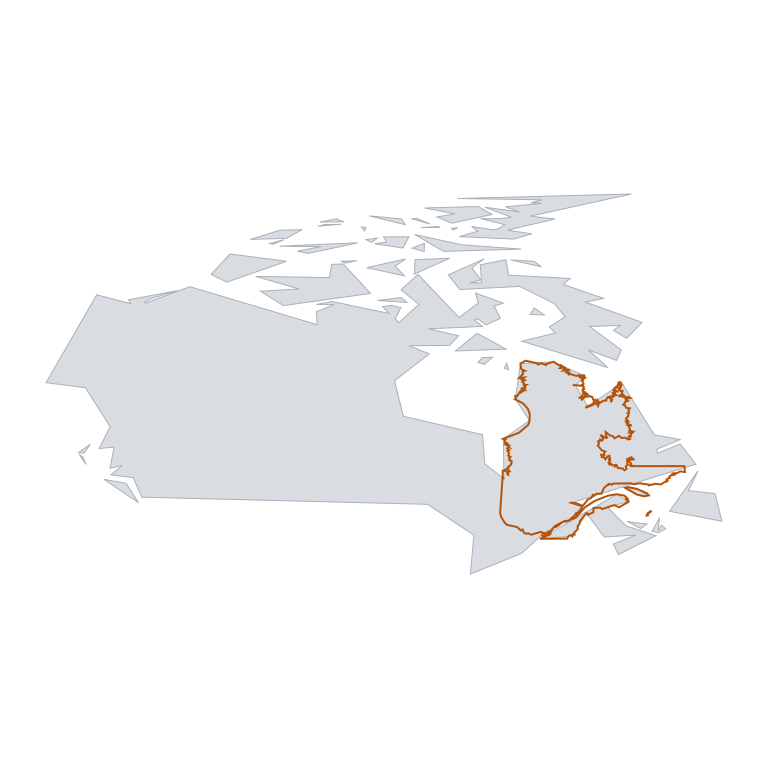 Québec highlighted on a map of Canada
{"feature_id": "CAN-683", "entity_name": "Québec", "entity_type": "Province", "adm_level": 1, "iso_a3": "CAN", "parent_name": "Canada", "parent_adm1": "", "projection": "robinson", "projection_center": [-69.443, 53.796], "detail": "fine", "context": "in_parent", "style": "outline", "palette": "amber", "viewbox_px": 768, "rotation_deg": 0, "n_neighbors": 0, "source": "natural_earth", "source_scale": "10m", "svg_char_len": 9797}
<svg xmlns="http://www.w3.org/2000/svg" viewBox="0 0 768 768"><path d="M110.2,426.6L85.3,387.7L46.1,382.7L96.7,294.8L130.9,303.7L128.6,299.8L177.0,290.7L151.5,298.4L144.4,302.2L145.4,303.2L189.9,286.7L317.2,324.7L316.5,311.7L334.1,304.6L316.2,304.5L332.2,301.5L389.2,313.5L382.6,306.7L391.4,305.4L400.9,307.7L395.2,318.7L398.8,322.7L419.0,304.3L401.0,289.8L418.0,274.4L459.1,317.5L478.4,302.9L475.4,293.0L503.3,303.2L494.1,305.9L500.3,318.5L485.9,324.9L478.6,319.4L476.5,318.9L474.5,320.0L482.5,326.4L428.4,328.8L458.7,335.7L449.5,345.4L409.0,345.7L429.3,353.8L394.5,380.8L403.4,416.3L482.5,434.7L484.8,463.8L503.9,478.8L503.4,438.8L529.5,420.5L515.4,399.1L520.5,363.7L553.3,361.8L584.5,375.9L575.5,385.4L587.8,406.5L621.9,383.0L654.3,434.8L680.0,439.6L656.9,449.2L657.6,453.1L680.2,444.0L695.8,464.2L571.6,502.7L581.9,506.4L569.4,520.0L561.5,522.5L543.6,533.2L521.7,553.3L470.4,574.0L473.9,535.2L427.6,504.3L141.8,497.2L133.1,477.6L110.9,474.8L122.2,465.5L110.0,468.3L114.1,447.1L99.2,448.5L110.2,426.6ZM469.7,282.9L481.6,282.7L480.2,264.8L505.9,259.7L508.6,275.1L570.0,278.5L563.2,284.4L603.6,298.4L585.5,302.1L642.1,322.4L626.6,338.2L613.5,330.5L620.1,325.4L589.6,326.5L621.3,350.0L616.6,360.4L588.6,350.0L607.8,367.6L521.7,341.2L555.3,333.1L549.4,326.8L565.2,316.8L554.3,303.6L519.8,286.4L459.7,289.5L448.3,274.8L484.0,259.0L471.8,267.7L480.7,279.9L469.7,282.9ZM457.4,198.5L631.3,194.0L530.2,216.2L554.8,219.0L507.3,230.2L531.8,233.8L513.7,239.1L459.6,236.6L477.9,231.1L471.6,226.4L492.5,229.7L497.9,229.1L504.9,224.7L480.6,218.6L501.8,218.6L511.2,217.0L484.9,207.2L519.5,212.0L505.6,206.8L541.7,203.4L531.0,202.8L542.0,199.8L457.4,198.5ZM255.7,276.4L329.4,277.6L331.7,264.4L343.3,264.0L370.5,293.4L283.5,305.6L260.5,291.2L299.2,289.0L255.7,276.4ZM604.3,537.0L586.4,513.1L572.7,536.0L540.1,538.7L617.0,494.2L627.7,501.7L607.4,507.2L625.9,525.8L655.8,535.7L618.5,554.5L613.2,544.0L636.0,535.0L604.3,537.0ZM230.0,254.0L286.4,261.3L227.0,282.1L211.1,274.5L230.0,254.0ZM424.5,208.0L478.2,206.5L492.0,214.5L451.8,223.2L437.0,217.0L455.0,213.8L424.5,208.0ZM414.7,234.5L461.6,244.8L521.2,249.1L443.6,251.4L414.7,234.5ZM279.5,246.2L357.8,242.8L308.4,253.4L297.5,251.2L321.0,246.6L279.5,246.2ZM698.1,470.8L688.5,490.6L715.1,493.7L721.9,521.2L669.5,511.3L698.1,470.8ZM366.6,267.7L405.7,258.9L395.1,266.1L404.4,275.8L366.6,267.7ZM455.5,351.0L477.1,333.3L506.0,349.1L455.5,351.0ZM415.1,259.7L449.6,258.2L414.3,274.1L415.1,259.7ZM302.0,229.7L286.6,238.3L250.4,239.4L280.0,230.2L302.0,229.7ZM408.9,236.8L403.1,248.0L374.4,243.7L386.5,242.1L383.5,236.9L408.9,236.8ZM369.3,215.9L401.3,218.9L405.3,224.7L369.3,215.9ZM104.0,479.4L126.1,483.3L138.5,502.7L104.0,479.4ZM510.7,259.9L534.3,261.4L541.2,266.7L510.7,259.9ZM377.8,300.5L400.9,297.6L406.9,302.4L377.8,300.5ZM424.4,243.4L424.2,251.5L412.0,248.1L424.4,243.4ZM417.3,218.5L430.2,224.1L411.4,218.7L417.3,218.5ZM534.1,307.9L544.4,315.0L530.3,314.5L534.1,307.9ZM324.6,224.6L341.1,224.2L317.8,226.2L324.6,224.6ZM356.8,260.7L345.6,263.1L341.2,261.3L356.8,260.7ZM659.6,517.8L658.1,530.9L661.5,525.1L665.6,528.7L658.7,532.6L652.1,531.3L659.6,517.8ZM336.2,218.9L343.9,221.8L320.0,222.0L336.2,218.9ZM647.8,496.0L637.5,494.7L625.4,487.8L638.8,489.6L647.8,496.0ZM492.6,357.2L484.4,364.4L478.0,362.3L482.5,357.7L492.6,357.2ZM78.4,452.7L90.2,444.2L84.1,453.2L78.4,452.7ZM420.9,227.6L437.6,226.5L440.1,227.4L420.9,227.6ZM377.1,238.1L371.7,242.4L366.0,239.6L377.1,238.1ZM626.9,521.1L633.0,522.5L647.0,523.9L640.6,528.6L626.9,521.1ZM506.7,363.1L508.7,369.8L504.4,368.1L506.7,363.1ZM284.0,239.7L273.0,244.3L269.8,243.5L284.0,239.7ZM458.1,227.9L452.5,230.0L451.8,228.2L458.1,227.9ZM365.9,227.5L364.7,231.1L361.4,226.9L365.9,227.5ZM79.3,454.5L82.9,457.1L86.1,464.5L79.3,454.5Z" fill="#d9dde1" stroke="#a8b0b8" stroke-width="1"/><path d="M502.6,476.9L504.0,479.1L502.6,476.7L502.7,470.7L505.2,469.8L505.0,470.9L507.1,471.6L507.4,474.1L508.2,474.7L508.1,472.2L509.7,471.4L507.0,468.5L508.7,467.7L508.3,466.6L510.8,465.0L511.3,463.6L512.4,463.6L511.2,463.4L511.7,461.2L509.7,460.3L510.3,460.0L509.1,458.4L510.5,457.0L508.2,455.6L509.1,453.1L507.5,450.7L509.0,450.1L507.2,448.6L508.1,447.3L509.3,447.5L507.6,446.0L508.8,445.4L506.4,444.7L508.4,443.8L505.7,443.6L506.5,443.0L505.2,442.5L504.2,439.9L504.9,439.6L503.0,438.9L519.0,432.7L528.1,425.0L529.5,421.3L529.8,414.3L527.9,408.8L523.1,403.4L514.9,399.2L515.8,398.5L515.2,396.0L517.0,396.3L518.8,393.5L522.2,391.6L520.4,391.4L521.9,390.1L521.6,388.5L523.2,388.7L524.1,389.8L525.0,389.9L523.4,388.1L525.3,387.6L524.4,386.4L526.2,385.0L522.9,385.0L524.6,384.3L522.3,381.7L524.8,380.3L521.8,379.4L524.3,377.5L519.1,378.0L523.1,374.0L522.6,371.6L525.0,370.8L521.2,369.1L520.4,363.5L525.6,360.7L539.3,363.8L537.0,364.8L541.3,363.3L546.9,365.3L545.5,364.3L553.5,361.7L558.8,365.2L561.1,365.3L561.3,366.6L559.8,368.0L561.3,368.2L561.3,366.9L564.0,367.5L564.7,368.3L564.1,368.8L565.7,369.5L565.1,370.2L563.9,370.1L563.4,370.5L565.8,370.2L566.0,369.2L568.8,370.1L566.5,371.9L568.8,372.0L567.0,372.6L568.1,372.8L567.7,373.2L568.8,374.5L569.4,373.8L576.5,375.9L579.4,375.1L579.4,377.1L581.1,377.8L583.0,377.1L583.1,375.4L584.0,375.2L585.2,377.9L582.6,379.0L583.0,380.2L581.8,380.6L583.5,383.4L583.3,384.9L581.8,384.9L581.8,385.7L572.7,385.0L582.5,385.9L583.8,387.0L583.1,388.6L584.1,389.1L582.4,390.4L583.3,391.7L582.3,392.4L584.8,392.0L586.3,393.2L583.9,393.9L585.5,394.6L584.2,394.8L584.6,396.6L583.0,397.6L581.5,395.0L582.0,397.3L578.5,397.8L581.0,397.8L581.9,399.6L585.2,396.9L589.8,396.3L592.6,397.3L593.1,399.5L594.3,400.1L593.0,404.3L588.3,405.9L585.3,407.8L592.6,405.1L593.4,404.3L594.4,400.6L595.7,399.8L596.8,402.4L594.8,404.7L596.8,403.2L597.7,400.9L598.5,403.2L597.8,405.9L598.0,406.2L599.1,403.2L603.8,400.6L606.3,400.6L606.4,398.8L608.0,397.0L611.4,399.3L610.7,402.2L612.3,399.7L610.1,397.8L612.5,396.9L611.1,396.4L616.1,395.1L613.0,394.0L612.8,392.9L614.7,393.0L614.2,391.8L615.7,392.8L614.1,390.7L618.5,391.8L615.3,390.4L614.2,388.3L615.8,387.1L617.7,387.9L618.4,387.9L616.5,386.8L619.1,383.6L618.5,383.1L619.2,382.1L621.7,382.7L619.3,383.1L621.2,384.5L618.9,385.1L620.9,386.4L619.1,389.6L620.7,391.1L623.3,390.5L622.2,391.3L622.0,393.6L623.9,395.5L620.4,394.9L619.5,396.2L623.8,396.7L625.0,398.0L628.0,396.8L630.2,398.0L625.8,398.9L625.7,400.0L627.7,400.8L625.2,402.1L623.2,404.8L624.8,405.1L626.2,407.8L629.8,408.4L628.5,409.9L629.0,411.6L627.8,413.0L628.8,413.2L627.9,416.7L626.0,418.4L628.1,421.1L625.8,421.2L626.5,422.8L628.2,423.3L627.2,424.7L631.6,425.2L628.6,426.3L630.0,429.2L629.3,430.8L632.8,431.5L630.2,432.7L632.2,432.9L630.8,434.2L630.8,436.4L629.1,436.0L628.5,437.6L629.9,439.0L628.6,439.5L624.6,437.6L621.7,438.1L619.0,435.8L614.5,438.3L613.0,436.3L609.9,435.4L605.7,432.0L606.1,436.0L607.1,437.4L606.4,438.1L600.5,434.8L603.3,438.7L601.9,440.7L600.1,439.5L600.0,440.6L598.1,441.3L599.0,443.7L597.7,445.3L601.6,450.1L605.1,451.6L604.1,452.3L604.3,455.0L601.2,454.8L601.9,457.2L603.8,457.1L605.4,459.3L607.3,456.5L609.4,455.8L610.1,459.9L609.1,459.5L609.6,462.4L608.6,462.7L609.5,464.6L610.3,464.5L610.1,463.0L612.6,465.5L615.3,465.0L615.2,466.2L616.5,465.1L617.9,468.0L622.5,468.5L624.5,470.3L626.5,468.8L625.8,466.4L627.4,464.8L627.1,459.2L631.5,457.3L633.4,459.4L629.5,459.9L627.9,461.3L630.6,462.8L631.6,465.6L630.1,465.4L630.8,466.1L684.4,466.1L684.9,472.0L680.1,471.4L677.3,473.1L672.6,473.5L672.7,474.8L669.6,476.2L669.8,478.8L669.1,477.5L666.5,479.8L666.5,481.0L660.9,484.4L655.4,483.8L648.0,485.5L649.1,484.7L639.8,483.3L634.0,484.3L630.8,483.3L613.2,483.6L612.2,484.6L609.0,483.8L608.4,484.5L609.3,485.0L607.7,484.7L603.7,488.3L601.7,493.5L596.1,493.9L593.4,496.3L592.9,496.4L593.5,495.8L593.3,495.1L592.9,494.9L591.3,497.9L587.9,499.4L582.8,505.9L577.0,503.5L571.9,502.6L571.2,502.8L582.3,506.2L580.6,509.8L578.1,512.7L576.0,513.3L573.8,516.9L572.0,517.7L568.8,520.6L564.3,521.1L554.8,526.1L554.6,527.2L553.4,527.6L551.2,530.8L548.3,531.7L546.4,533.6L543.0,532.9L546.5,535.1L544.9,535.4L543.2,536.5L542.1,535.5L542.9,532.8L540.8,531.9L531.2,534.7L528.2,533.3L526.4,533.8L523.9,532.7L522.6,529.5L520.9,530.5L517.2,527.1L507.0,524.8L504.8,522.8L501.2,517.0L500.1,513.2L502.6,476.9ZM567.2,538.6L540.0,538.8L550.3,534.3L550.9,531.4L553.4,527.8L557.0,526.5L561.6,522.8L564.4,521.4L565.6,521.7L569.1,520.6L570.3,519.6L571.9,519.3L575.6,517.8L584.7,507.5L594.9,500.8L608.0,495.7L616.6,494.2L624.5,495.7L628.4,499.4L625.0,498.2L628.3,500.7L627.4,501.5L628.2,502.0L619.2,507.3L614.1,505.1L602.0,509.1L599.9,507.5L593.5,508.2L593.3,512.3L587.9,514.9L587.9,513.5L586.3,513.2L580.0,521.0L579.4,524.0L577.6,526.1L577.8,529.1L574.2,532.8L574.6,534.5L573.1,534.4L572.4,536.3L571.6,535.1L568.7,535.8L567.2,538.6ZM637.0,494.6L625.2,487.9L628.3,487.1L636.6,488.8L647.0,493.3L648.9,495.4L644.1,496.3L637.0,494.6ZM550.5,531.4L549.7,534.1L546.4,534.1L548.8,533.0L550.5,531.4ZM587.3,394.3L586.4,395.9L585.3,395.9L585.9,394.9L585.4,394.2L587.3,394.3ZM649.5,512.2L648.9,512.9L647.9,513.5L648.6,513.4L649.5,512.3L650.1,512.0L647.1,514.9L648.6,515.4L646.8,515.6L647.4,513.6L650.3,511.3L651.8,511.2L649.5,512.2ZM572.6,517.6L572.7,518.6L570.6,519.2L572.6,517.6ZM547.4,533.0L548.4,531.8L549.9,531.5L548.6,532.9L547.4,533.0ZM598.5,401.5L599.3,402.6L598.5,402.6L598.5,401.5ZM545.1,535.6L546.8,535.3L544.8,536.0L545.1,535.6ZM673.3,474.8L674.3,474.6L672.7,475.4L673.3,474.8ZM674.4,473.7L673.8,474.1L673.1,473.9L673.8,473.5L674.4,473.7ZM581.1,375.9L580.7,376.7L580.4,376.0L581.1,375.9ZM587.6,395.5L588.3,395.7L587.1,396.0L587.6,395.5ZM667.2,481.1L666.9,479.9L667.2,480.0L667.6,480.7L667.2,481.1ZM564.8,367.4L565.8,367.6L564.8,367.4ZM546.9,534.5L547.4,534.8L546.3,534.5L546.9,534.5ZM576.5,513.7L577.3,513.4L576.4,514.0L576.5,513.7ZM568.7,373.1L569.5,372.8L569.5,373.1L568.7,373.1ZM674.5,473.9L674.8,474.3L674.4,474.3L674.5,473.9ZM562.3,366.0L562.9,366.1L563.3,366.2L562.3,366.0Z" fill="none" stroke="#b45309" stroke-width="2"/></svg>